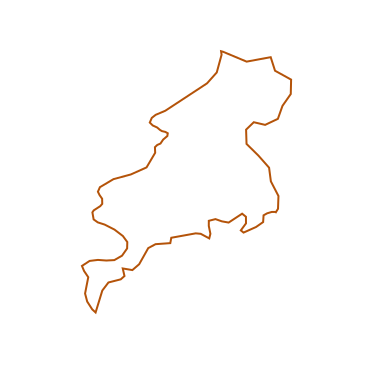 map outline of Briceni (Robinson projection), rotated 309°
{"feature_id": "MDA-1613", "entity_name": "Briceni", "entity_type": "District", "adm_level": 1, "iso_a3": "MDA", "parent_name": "Moldova", "parent_adm1": "", "projection": "robinson", "projection_center": [26.94, 48.261], "detail": "fine", "context": "isolated", "style": "outline", "palette": "amber", "viewbox_px": 384, "rotation_deg": 309, "n_neighbors": 0, "source": "natural_earth", "source_scale": "10m", "svg_char_len": 1347}
<svg xmlns="http://www.w3.org/2000/svg" viewBox="0 0 384 384"><g transform="rotate(309 192 192)"><path d="M84.2,192.4L79.3,191.6L69.1,184.0L59.0,184.3L37.7,192.9L38.0,188.3L40.9,179.5L45.8,172.8L60.5,165.0L62.7,157.8L65.3,153.0L74.0,155.8L80.0,161.6L84.8,168.5L90.2,174.5L98.5,177.7L107.3,177.1L112.4,173.2L114.3,166.0L114.0,155.4L111.7,144.6L109.1,137.9L108.8,132.8L113.5,127.4L115.9,127.2L123.3,129.6L126.3,129.7L130.2,126.4L131.4,122.2L133.0,118.7L137.8,117.4L152.6,122.9L167.1,133.4L182.5,141.2L199.3,138.7L203.5,135.0L206.7,135.4L209.8,137.0L214.6,136.6L220.0,137.6L222.4,136.2L221.9,133.4L220.4,130.3L220.1,128.0L220.2,124.3L219.0,119.6L219.4,115.5L224.3,114.1L229.1,115.2L238.3,120.1L285.9,135.3L300.5,136.0L317.3,128.6L319.7,126.0L320.5,127.8L327.7,152.4L346.3,168.3L338.5,180.2L341.7,198.3L330.3,207.1L315.9,208.1L302.9,212.7L290.2,206.6L285.1,196.1L274.5,194.8L263.7,204.1L262.1,220.6L259.4,236.6L249.9,246.6L243.3,261.7L233.1,269.4L229.1,269.9L229.1,269.5L226.8,266.6L222.7,263.8L218.9,262.3L213.4,266.2L205.1,263.8L192.9,257.6L192.9,254.1L201.6,253.7L206.7,249.5L206.7,244.6L191.3,239.7L188.0,233.7L185.7,227.3L180.2,223.2L176.2,226.4L171.1,232.6L166.8,234.6L165.0,225.1L162.2,220.9L143.4,204.7L138.6,207.3L128.5,196.5L120.9,193.3L102.6,196.4L93.8,194.8L89.0,186.3L84.2,192.4Z" fill="none" stroke="#b45309" stroke-width="2"/></g></svg>